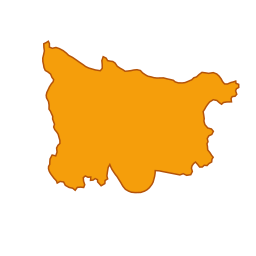 Biritiba Mirim, São Paulo, Brazil (Natural Earth projection), rotated 102°
{"feature_id": "56859067B18564095209636", "entity_name": "Biritiba Mirim", "entity_type": "district", "adm_level": 2, "iso_a3": "BRA", "parent_name": "Brazil", "parent_adm1": "São Paulo", "projection": "natural_earth1", "projection_center": [-46.024, -23.622], "detail": "fine", "context": "isolated", "style": "filled", "palette": "amber", "viewbox_px": 256, "rotation_deg": 102, "n_neighbors": 0, "source": "geoboundaries", "source_scale": "gbopen_adm2", "svg_char_len": 2746}
<svg xmlns="http://www.w3.org/2000/svg" viewBox="0 0 256 256"><g transform="rotate(102 128 128)"><path d="M199.9,166.7L196.6,165.2L195.7,162.1L195.4,159.0L192.5,158.5L189.3,160.4L185.9,161.4L183.8,159.8L184.5,156.9L183.7,154.2L187.0,153.8L186.2,151.3L184.3,149.6L184.9,147.1L187.0,146.5L188.6,144.3L190.1,142.3L187.2,139.1L184.1,139.5L182.0,137.3L179.3,138.7L175.1,139.0L170.8,139.2L167.5,138.2L170.0,136.5L171.9,135.0L174.0,132.9L176.2,130.6L177.7,128.7L182.9,123.7L184.6,122.2L186.2,120.7L188.5,117.8L189.6,114.4L190.1,111.4L189.7,107.6L188.4,102.2L186.4,98.8L184.5,96.6L182.0,94.7L178.2,92.9L175.6,92.2L171.9,92.0L169.6,91.9L166.4,92.1L164.0,92.5L163.4,88.6L163.4,85.3L163.1,67.5L161.2,64.5L162.1,60.8L160.6,56.9L157.2,56.0L154.1,57.6L151.6,57.5L149.1,56.4L147.3,54.9L149.0,52.5L151.3,49.8L150.7,47.2L148.6,45.7L148.3,42.9L145.9,41.4L143.8,39.1L141.1,39.4L138.9,38.6L137.4,40.5L135.3,42.5L132.8,45.5L129.3,46.5L127.0,47.5L124.8,46.9L121.8,48.3L118.8,47.3L116.9,44.7L113.5,43.8L111.6,46.2L111.4,50.0L108.7,53.5L105.4,55.2L103.0,55.4L99.7,56.6L96.3,57.9L93.6,56.9L91.0,56.1L88.6,55.1L85.6,53.6L82.6,50.5L82.6,46.8L84.3,43.8L85.3,41.4L83.2,39.9L82.0,36.8L80.9,32.2L77.8,33.3L75.6,32.6L74.7,29.9L72.4,28.6L69.3,30.5L67.1,30.1L65.3,28.1L62.3,28.8L61.9,31.6L59.7,32.4L61.0,34.5L62.1,36.8L64.3,39.9L64.8,42.7L62.9,45.2L60.6,47.1L58.3,49.7L56.7,52.4L56.1,56.1L57.8,60.5L57.9,63.1L58.2,67.2L60.9,69.6L63.8,71.6L65.2,74.1L67.6,75.7L69.8,78.8L71.7,81.6L72.6,84.1L73.4,88.1L73.1,91.4L71.9,93.6L71.8,96.2L71.8,99.5L71.6,103.6L72.2,106.3L73.1,110.0L73.4,113.1L73.2,115.9L73.2,119.4L72.3,122.2L71.0,125.3L69.2,127.8L69.1,131.3L70.1,134.5L71.2,136.9L72.3,140.0L73.1,142.7L72.1,145.0L71.2,148.0L69.9,151.3L67.1,154.2L66.1,156.7L66.3,159.4L66.3,162.0L64.2,163.9L63.4,167.1L67.5,167.6L71.4,166.4L75.0,165.6L77.7,167.0L78.0,171.9L77.7,176.0L77.5,178.9L76.7,182.3L75.3,185.3L74.0,188.6L72.4,192.3L70.5,196.9L69.3,201.2L67.6,203.8L65.8,207.5L64.6,211.7L64.2,215.2L65.8,218.7L65.2,221.7L61.8,222.4L59.7,224.0L61.5,225.8L63.1,227.9L66.7,227.0L70.0,225.8L73.2,225.8L77.4,225.9L80.7,225.1L83.6,223.8L86.4,222.7L88.9,220.9L89.8,218.1L91.4,214.9L94.3,212.9L96.1,210.8L98.2,210.8L100.6,212.1L104.1,213.4L106.8,214.0L110.1,214.8L113.0,214.8L115.4,214.0L118.6,211.3L121.9,210.0L126.0,209.2L127.8,207.3L129.8,205.9L132.2,204.1L134.9,203.6L137.3,202.1L139.5,200.7L142.5,200.9L144.8,199.3L147.0,196.6L148.7,195.0L151.2,193.7L154.4,192.0L157.3,191.4L159.5,192.9L162.4,193.7L166.3,192.4L170.3,192.9L170.2,196.6L174.5,197.8L176.9,197.5L179.8,197.0L182.2,197.7L184.4,197.3L186.6,196.1L188.6,194.4L190.4,192.4L192.5,190.0L194.5,187.1L196.6,185.8L194.4,183.3L194.2,179.7L197.1,177.4L198.4,173.3L198.4,169.6L199.9,166.7Z" fill="#f59e0b" stroke="#b45309" stroke-width="1.5"/></g></svg>